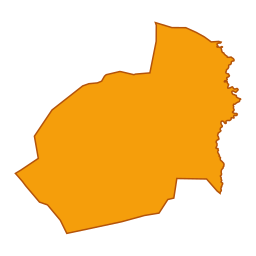 outline of Buucagaan, Bayanhongor, Mongolia
{"feature_id": "93677404B41797209150510", "entity_name": "Buucagaan", "entity_type": "district", "adm_level": 2, "iso_a3": "MNG", "parent_name": "Mongolia", "parent_adm1": "Bayanhongor", "projection": "robinson", "projection_center": [99.259, 46.209], "detail": "fine", "context": "isolated", "style": "filled", "palette": "amber", "viewbox_px": 256, "rotation_deg": 0, "n_neighbors": 0, "source": "geoboundaries", "source_scale": "gbopen_adm2", "svg_char_len": 5803}
<svg xmlns="http://www.w3.org/2000/svg" viewBox="0 0 256 256"><path d="M220.1,193.4L220.2,192.7L220.2,192.3L220.6,191.6L221.2,190.9L221.3,190.4L221.3,189.9L221.1,189.5L220.9,189.2L220.8,188.9L221.2,187.9L221.4,187.6L221.2,187.3L221.2,186.9L221.4,186.7L221.7,186.3L221.9,186.1L221.9,185.4L222.2,184.8L222.5,184.4L222.7,183.4L222.6,183.1L222.2,182.8L221.8,182.6L221.3,182.3L221.1,181.9L221.2,181.6L221.4,181.2L221.7,180.6L221.7,180.1L221.1,179.3L221.1,178.9L221.2,178.4L221.2,178.0L221.1,177.7L221.1,177.3L220.9,177.1L220.6,176.8L220.5,176.5L220.4,176.2L220.4,175.8L220.5,175.6L221.0,175.3L221.3,175.1L221.4,174.8L221.5,174.5L221.5,173.8L221.5,173.4L221.3,172.9L221.2,172.4L221.2,171.8L221.3,171.0L221.4,170.3L221.7,169.6L222.4,168.8L222.8,168.4L223.1,168.0L223.1,167.2L223.3,166.8L223.6,166.6L223.8,166.2L223.9,165.8L223.9,165.5L223.8,165.2L223.8,164.9L224.0,164.6L224.0,164.4L223.9,164.0L223.9,163.8L223.6,163.1L223.0,162.6L222.6,162.1L222.2,161.6L221.8,161.2L221.4,160.9L221.0,160.6L220.6,160.3L220.4,159.6L220.2,158.7L220.3,158.3L220.4,158.2L220.5,157.8L220.4,157.7L220.3,157.4L219.9,157.0L219.4,156.6L219.2,156.4L219.1,156.1L219.2,155.8L219.4,155.4L219.1,154.9L218.8,154.3L218.5,153.6L217.8,152.6L217.7,152.0L217.7,151.5L217.8,151.1L218.2,150.6L218.4,150.3L218.3,150.0L218.0,149.5L218.0,148.9L218.0,148.6L217.7,148.5L216.3,148.4L216.1,148.1L216.0,147.9L216.1,147.4L216.3,147.0L216.8,145.9L217.0,145.5L217.0,143.6L216.5,142.9L216.3,142.7L216.1,142.2L216.1,141.8L216.3,141.4L216.5,140.8L216.9,140.6L217.2,140.1L217.5,139.8L217.9,139.7L218.5,139.6L218.8,139.3L218.9,139.0L218.9,138.6L218.6,138.2L218.6,137.5L218.4,136.9L218.1,136.3L217.7,135.8L217.6,135.2L217.8,134.5L218.1,133.8L218.2,133.2L218.3,132.9L219.0,132.5L219.9,131.8L220.8,131.0L220.9,130.6L220.7,130.3L220.3,129.9L220.2,129.5L220.2,129.1L220.4,128.5L220.6,127.9L220.9,127.5L221.4,127.3L221.8,127.1L222.1,126.7L222.3,126.2L222.3,125.9L222.1,125.6L221.3,124.4L220.9,123.2L221.0,122.2L221.2,121.7L221.7,121.2L222.4,121.1L223.0,121.2L224.0,122.0L224.6,123.0L225.1,123.4L225.4,123.5L226.0,123.3L226.2,123.0L226.2,122.7L226.0,122.3L225.9,121.8L226.0,121.4L226.2,121.1L226.9,120.6L228.3,120.4L229.2,120.6L229.8,120.4L230.4,120.0L230.8,119.7L231.1,119.3L231.2,118.8L231.1,118.1L231.3,117.8L231.6,117.7L232.1,117.7L232.6,117.8L233.2,118.0L233.6,118.0L233.9,118.0L234.0,117.7L234.0,117.3L233.7,116.7L233.7,116.2L233.8,115.7L234.1,115.4L234.3,115.3L234.6,115.4L235.5,115.6L236.3,115.5L236.8,115.4L237.0,115.1L237.0,114.8L237.0,114.5L237.3,114.1L237.0,113.8L236.6,113.5L236.2,113.4L235.9,113.4L235.4,113.5L234.6,113.4L234.0,113.2L233.3,112.8L232.7,112.5L232.5,112.1L232.6,111.8L233.1,111.5L233.5,111.1L233.6,110.7L233.9,110.5L234.1,109.8L234.0,109.3L233.5,108.5L233.4,107.6L233.7,106.5L233.5,106.1L233.3,105.7L233.2,105.4L233.4,104.9L233.5,104.5L233.7,104.2L234.3,104.3L234.7,104.2L235.2,104.0L235.6,103.7L236.2,103.1L237.0,102.6L238.0,102.1L238.8,101.8L239.1,101.6L239.5,101.2L239.7,100.8L239.7,100.3L239.7,100.0L239.9,99.7L240.2,99.4L240.6,99.2L240.5,98.9L240.1,98.7L238.9,98.4L238.0,98.0L236.7,97.2L236.4,96.8L236.4,95.9L236.3,95.7L236.2,95.4L235.8,95.3L235.5,95.3L235.1,95.1L234.6,94.7L234.4,94.7L233.7,94.6L233.1,94.3L232.6,93.9L232.0,92.9L231.8,92.2L231.9,91.6L232.0,91.3L232.5,91.1L233.1,91.0L233.7,91.3L234.6,91.7L235.1,92.1L235.5,92.3L235.9,92.2L236.2,92.0L236.7,91.3L237.1,91.0L237.9,90.1L238.1,89.8L238.0,89.4L237.8,89.1L237.3,88.6L237.1,88.5L236.8,88.5L236.4,88.6L235.6,88.9L235.2,89.0L234.9,89.0L234.6,89.0L234.4,89.0L234.3,88.9L233.6,88.5L233.3,88.1L233.0,87.6L232.7,87.1L232.4,86.9L232.2,86.8L231.3,87.2L231.0,87.3L230.6,87.7L229.5,87.9L228.9,88.1L228.3,88.2L228.0,88.2L227.8,88.0L227.7,87.5L227.8,86.8L228.3,85.7L228.6,84.9L228.6,84.5L228.6,84.3L228.3,84.1L227.8,83.7L227.6,83.3L227.4,82.9L227.2,82.6L227.1,82.3L227.2,81.8L227.1,81.6L226.9,81.5L226.2,81.6L225.7,81.7L225.3,81.9L224.7,81.9L224.4,81.8L224.3,81.5L224.5,81.1L224.6,80.9L225.0,80.7L225.5,80.7L226.1,80.6L226.5,80.3L227.0,79.9L227.2,79.6L227.2,79.2L227.1,78.9L226.7,78.5L226.7,78.1L226.8,77.6L227.0,77.4L227.3,77.3L228.0,77.1L228.7,76.7L229.1,76.3L229.3,76.0L229.4,75.7L229.3,75.4L229.1,75.2L228.9,74.9L228.7,74.6L228.7,74.3L228.4,73.9L227.7,73.9L227.0,73.6L225.9,72.8L225.8,72.4L225.8,72.1L225.8,71.8L226.3,71.1L226.4,70.9L226.4,70.5L226.4,70.0L226.7,69.6L227.1,69.3L227.5,68.9L227.9,68.7L228.2,68.2L228.5,67.6L228.7,67.1L228.7,66.6L228.6,65.8L228.7,65.4L228.9,65.1L229.2,64.8L229.7,64.7L230.5,64.5L230.7,64.4L230.9,64.0L231.1,63.5L231.3,63.0L231.3,62.5L231.3,62.3L231.4,61.8L231.6,61.6L232.4,61.1L233.1,61.0L233.6,61.0L233.8,60.9L234.0,60.7L234.0,59.7L233.7,59.1L233.4,58.8L233.0,58.4L232.6,58.1L232.0,57.8L231.3,57.2L231.0,57.0L230.6,57.1L229.8,57.3L228.9,57.3L228.3,57.3L227.8,57.3L227.3,57.2L227.1,56.3L226.6,56.0L225.7,55.4L224.3,54.1L223.9,53.2L223.7,52.9L223.3,52.8L222.7,52.6L222.3,52.2L222.0,51.6L221.7,50.7L221.5,49.4L221.2,48.9L221.1,48.0L221.2,47.7L221.5,47.5L221.8,47.4L222.4,47.1L222.4,46.8L222.2,46.7L221.7,46.6L221.4,46.8L220.8,47.0L220.2,47.4L219.9,47.5L219.4,47.3L218.9,47.0L218.6,46.9L218.3,47.1L217.7,47.2L217.2,47.0L217.0,46.8L217.0,46.5L217.7,46.0L217.8,45.7L217.1,44.8L217.0,44.5L217.0,44.2L217.1,43.9L217.3,43.7L218.3,43.2L219.0,43.0L220.2,43.1L220.7,42.8L221.1,42.3L221.2,42.1L220.9,42.0L220.5,42.0L219.6,41.8L218.9,41.4L211.2,41.9L204.5,37.0L196.4,32.5L185.8,27.7L171.9,27.6L155.4,22.6L156.3,25.2L156.2,41.3L149.9,72.9L135.5,74.1L133.9,74.7L121.5,71.8L119.9,71.5L106.2,74.7L104.5,76.2L103.4,78.1L101.6,81.2L97.4,82.9L88.9,83.7L82.7,85.9L52.0,110.0L34.4,136.2L38.3,158.4L20.7,170.2L15.4,173.4L18.0,176.3L22.5,181.5L25.7,185.8L39.5,202.1L47.5,204.9L60.3,220.2L66.8,233.4L121.8,221.7L144.4,215.5L159.0,213.1L167.8,199.5L173.8,198.1L175.4,187.9L176.8,178.5L206.6,179.0L217.1,191.0L220.1,193.4Z" fill="#f59e0b" stroke="#b45309" stroke-width="1.5"/></svg>